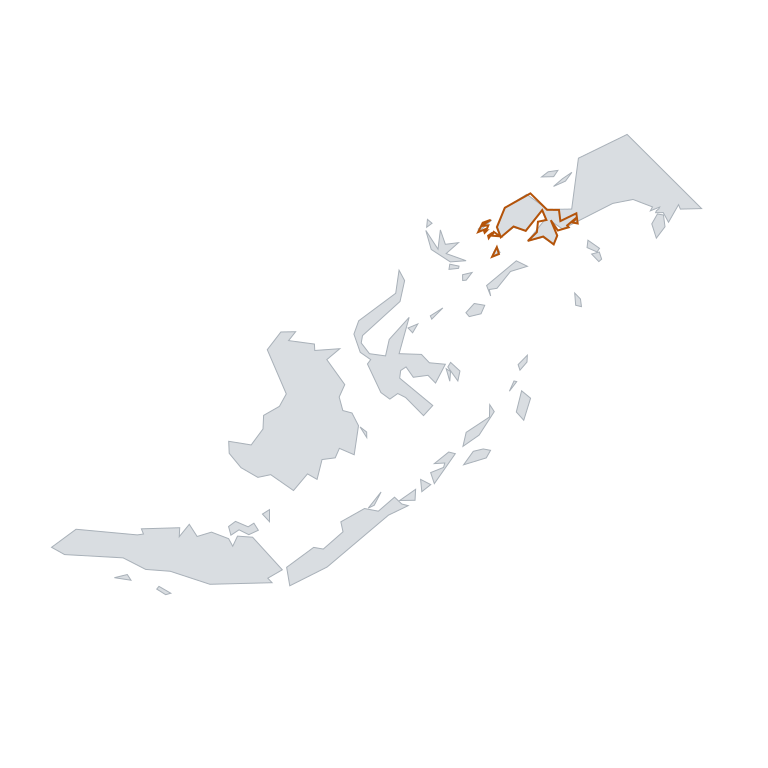 where Papua Barat sits in Indonesia, rotated 314°
{"feature_id": "IDN-1933", "entity_name": "Papua Barat", "entity_type": "Province", "adm_level": 1, "iso_a3": "IDN", "parent_name": "Indonesia", "parent_adm1": "", "projection": "orthographic", "projection_center": [132.375, -1.612], "detail": "coarse", "context": "in_parent", "style": "outline", "palette": "amber", "viewbox_px": 768, "rotation_deg": 314, "n_neighbors": 0, "source": "natural_earth", "source_scale": "10m", "svg_char_len": 4454}
<svg xmlns="http://www.w3.org/2000/svg" viewBox="0 0 768 768"><g transform="rotate(314 384 384)"><path d="M234.9,312.1L247.9,330.8L267.6,328.2L277.8,319.2L295.3,324.3L309.0,320.6L327.6,276.2L349.8,273.7L360.2,284.1L348.9,285.2L364.4,306.2L360.0,310.9L378.7,327.7L361.8,325.9L356.3,356.2L343.5,360.8L336.3,372.8L340.9,381.1L336.3,394.6L312.4,411.7L306.7,396.6L297.0,400.2L286.6,391.9L268.9,402.1L266.2,391.4L244.5,392.9L240.1,365.5L229.2,358.1L224.5,339.3L226.6,320.8L234.9,312.1ZM35.6,258.3L65.6,263.4L104.1,311.4L109.0,315.2L111.3,310.1L138.7,336.9L131.9,342.8L147.8,341.4L144.5,355.5L157.6,362.8L164.8,379.7L162.2,387.9L172.8,384.3L182.5,395.9L179.7,439.9L163.6,435.3L163.3,441.5L119.0,397.9L100.8,360.3L85.1,341.4L77.7,317.1L39.4,272.7L35.6,258.3ZM732.4,385.5L730.8,490.6L715.7,475.7L717.6,471.3L698.0,476.3L701.3,465.8L695.9,460.4L697.8,459.6L700.9,460.0L702.8,459.4L693.6,455.3L697.9,454.1L689.7,434.9L672.8,423.1L619.5,404.7L617.4,392.4L610.3,406.1L602.4,408.6L599.8,396.3L587.1,388.1L615.1,385.4L618.7,376.9L592.6,379.2L586.5,368.2L571.3,366.0L575.6,356.7L594.0,348.6L619.6,354.9L623.1,380.3L640.2,397.5L681.5,367.0L732.4,385.5ZM472.7,327.0L454.5,338.2L403.9,334.9L397.7,339.1L395.7,352.5L405.3,365.6L419.7,356.8L449.4,355.8L416.3,373.8L431.3,390.4L430.8,401.9L440.8,414.4L420.5,420.4L420.8,409.6L409.2,400.4L411.6,388.0L405.3,386.6L399.1,391.2L402.4,434.0L388.7,434.4L389.3,408.9L386.7,400.5L377.2,398.7L375.7,387.7L386.9,358.2L392.3,357.5L390.3,344.9L399.0,327.7L411.9,321.9L457.4,329.4L476.3,315.8L472.7,327.0ZM184.5,441.3L217.6,446.9L223.1,455.0L249.2,457.2L254.9,448.7L280.9,456.5L288.6,468.3L309.9,470.2L310.0,480.1L313.3,485.9L292.7,478.3L212.8,470.2L173.4,456.4L184.5,441.3ZM518.5,329.2L534.0,317.5L527.1,331.1L537.4,339.4L521.0,338.1L529.7,357.4L517.9,346.9L513.6,324.5L523.5,307.4L518.5,329.2ZM526.1,389.4L564.5,393.6L568.3,405.4L552.8,396.8L531.3,398.8L525.1,394.1L521.4,399.6L526.1,389.4ZM440.7,482.5L413.3,487.9L394.0,484.1L406.3,476.7L433.5,482.8L442.6,474.4L440.7,482.5ZM361.7,475.5L380.0,477.8L383.4,483.7L347.3,489.4L352.7,479.1L365.4,484.8L369.4,482.6L361.7,475.5ZM474.7,487.7L475.6,499.3L455.0,509.7L455.8,498.6L474.7,487.7ZM182.0,372.6L186.9,385.5L193.5,387.1L191.5,395.2L181.7,391.4L178.4,381.0L168.9,378.9L173.5,371.2L182.0,372.6ZM692.3,476.9L678.1,478.6L685.2,465.4L696.2,462.6L699.7,467.6L692.3,476.9ZM397.6,495.0L406.2,500.5L410.3,506.7L401.9,508.9L381.2,497.4L397.6,495.0ZM504.6,393.0L510.6,401.8L501.9,405.0L491.7,398.5L492.2,393.4L504.6,393.0ZM311.1,476.2L330.2,479.9L321.9,487.1L311.1,476.2ZM340.8,476.6L344.1,487.5L332.8,486.0L340.8,476.6ZM214.1,388.9L205.4,397.3L206.0,386.9L214.1,388.9ZM629.1,430.8L631.3,444.8L627.0,445.5L623.2,435.3L629.1,430.8ZM304.3,456.9L290.0,461.2L283.8,458.9L304.3,456.9ZM445.8,416.9L446.1,429.6L437.5,435.0L440.6,418.1L445.8,416.9ZM57.4,324.6L68.6,331.7L67.1,338.3L57.4,324.6ZM85.4,376.0L80.8,373.3L78.6,363.0L82.1,362.7L85.4,376.0ZM576.8,472.3L573.8,467.2L581.9,458.0L581.6,466.3L576.8,472.3ZM561.1,344.1L576.9,347.6L559.0,346.3L561.1,344.1ZM465.2,370.0L479.6,373.5L463.8,373.3L465.2,370.0ZM439.2,423.2L431.7,429.4L438.2,418.1L439.2,423.2ZM642.4,353.5L650.7,354.7L658.4,360.7L651.0,362.0L642.4,353.5ZM504.3,467.1L499.1,471.6L488.4,472.2L491.1,467.0L504.3,467.1ZM628.5,447.2L625.0,453.8L621.3,453.5L621.7,443.1L628.5,447.2ZM525.4,369.9L515.8,371.0L513.1,368.7L517.2,364.6L525.4,369.9ZM643.9,368.7L655.6,369.8L666.8,372.1L656.0,373.6L643.9,368.7ZM441.0,362.4L450.7,366.6L440.7,369.0L441.0,362.4ZM533.0,306.9L526.4,305.8L532.6,300.9L533.0,306.9ZM465.9,479.2L476.5,475.4L477.9,477.8L465.9,479.2ZM560.9,370.3L559.2,376.1L551.0,373.2L555.1,371.4L560.9,370.3ZM337.4,404.9L333.5,408.8L336.5,396.6L337.4,404.9ZM515.9,348.1L520.9,356.1L519.0,357.3L511.6,351.1L515.9,348.1Z" fill="#d9dde1" stroke="#a8b0b8" stroke-width="1"/><path d="M634.0,411.8L630.9,407.1L634.8,407.4L635.6,406.7L625.3,405.6L625.0,408.0L615.2,402.4L617.7,390.2L611.1,405.5L602.3,409.1L600.7,396.1L586.9,388.1L599.4,388.5L607.7,382.0L614.8,386.9L619.0,377.0L592.6,379.6L587.3,367.8L570.6,366.1L575.3,356.2L594.7,348.5L622.8,356.9L622.6,380.3L630.8,388.9L623.7,397.7L640.4,403.8L634.0,411.8ZM576.2,346.7L565.3,344.3L570.6,348.8L567.5,350.1L558.7,346.2L568.6,343.0L576.2,346.7ZM560.8,370.1L557.3,376.4L550.6,373.4L560.8,370.1ZM569.7,357.3L570.8,364.8L565.7,358.7L569.7,357.3ZM563.0,355.9L568.5,357.0L561.7,358.0L563.0,355.9ZM563.4,350.0L565.6,351.4L562.7,351.4L563.4,350.0Z" fill="none" stroke="#b45309" stroke-width="2"/></g></svg>